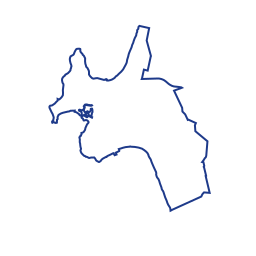 the district of Port Lincoln, South Australia, Australia, rotated 155°
{"feature_id": "25037944B26241388024664", "entity_name": "Port Lincoln", "entity_type": "district", "adm_level": 2, "iso_a3": "AUS", "parent_name": "Australia", "parent_adm1": "South Australia", "projection": "natural_earth1", "projection_center": [135.866, -34.729], "detail": "fine", "context": "isolated", "style": "outline", "palette": "blue", "viewbox_px": 256, "rotation_deg": 155, "n_neighbors": 0, "source": "geoboundaries", "source_scale": "gbopen_adm2", "svg_char_len": 5794}
<svg xmlns="http://www.w3.org/2000/svg" viewBox="0 0 256 256"><g transform="rotate(155 128 128)"><path d="M74.5,215.7L75.2,215.4L75.7,215.2L75.9,215.0L76.7,213.6L76.8,213.5L78.0,213.0L78.4,212.7L79.0,211.3L80.4,210.1L81.4,208.5L84.0,206.5L86.2,204.3L87.3,203.0L89.1,201.5L90.7,199.6L93.9,196.8L95.7,195.1L96.8,193.8L97.7,192.6L98.2,192.1L100.0,190.1L101.2,188.3L102.0,187.4L103.5,186.2L107.6,183.2L108.2,182.9L110.4,181.9L113.3,181.0L115.7,180.1L117.3,179.9L118.4,179.3L119.3,179.0L121.7,178.7L123.4,178.8L125.7,179.3L127.0,179.9L127.2,180.2L127.3,180.4L127.2,180.5L126.7,180.9L126.8,181.3L127.1,181.5L127.6,181.6L128.9,181.6L129.4,181.7L134.6,186.1L135.8,186.6L138.4,187.3L139.0,187.8L139.5,188.4L139.7,188.9L140.1,189.9L140.6,191.6L140.7,193.0L140.3,193.9L139.6,195.4L139.3,196.7L139.4,199.5L140.0,201.2L139.7,202.4L139.5,204.2L138.8,206.4L137.4,209.3L137.5,212.2L138.1,213.5L138.0,214.6L138.4,215.4L138.8,217.2L138.7,217.9L137.9,219.6L137.9,219.8L138.4,220.3L139.7,220.9L140.8,221.3L141.4,221.3L141.7,221.2L142.1,221.0L143.7,219.9L144.9,218.8L145.6,218.1L146.2,217.6L146.9,217.4L149.7,217.2L150.7,216.3L151.6,215.1L152.2,213.4L152.7,211.0L152.8,209.2L153.1,207.9L153.8,207.2L154.1,206.6L155.1,205.7L155.8,204.6L156.6,204.1L159.1,203.1L160.8,202.9L161.1,202.8L161.8,202.9L162.3,202.8L163.0,202.2L164.6,201.8L165.8,201.3L167.0,200.3L167.6,199.2L168.1,197.3L168.2,196.3L168.0,195.2L168.3,194.2L171.0,189.9L172.1,187.2L172.7,186.1L173.2,185.2L173.5,185.0L174.7,184.2L176.3,183.5L178.0,183.0L178.5,183.0L179.5,184.1L180.0,182.8L180.3,182.5L181.9,182.0L183.3,181.4L184.0,181.1L186.9,180.6L187.5,180.6L189.1,181.1L189.7,180.9L190.2,180.5L190.5,179.8L190.6,179.4L190.6,175.1L190.5,173.5L190.4,173.0L190.6,170.7L190.7,169.9L190.9,168.9L191.3,168.2L191.9,167.5L192.2,167.2L192.3,166.7L192.9,166.3L193.2,166.2L193.5,166.2L194.0,166.0L194.4,165.1L194.4,164.7L194.2,164.6L193.8,164.8L193.6,164.9L193.1,164.9L192.9,164.8L192.5,164.4L192.3,164.1L191.7,163.3L191.2,163.3L190.4,162.8L190.2,162.9L190.1,163.0L189.6,164.2L189.2,164.7L188.9,165.5L187.9,165.9L187.5,167.1L187.0,167.9L186.0,168.7L185.4,169.2L183.8,169.4L182.7,169.5L180.5,169.3L175.6,168.3L174.4,167.9L172.7,167.9L170.2,166.8L169.6,166.5L168.9,166.3L169.1,165.9L169.4,165.6L169.6,165.3L169.3,165.0L168.9,164.8L168.4,164.3L167.7,163.4L166.5,161.2L166.5,160.6L166.2,159.8L166.0,159.5L165.7,159.4L164.2,159.6L163.9,160.6L163.6,161.1L163.5,161.8L163.6,162.6L165.0,164.3L165.0,164.7L164.7,165.1L164.2,165.1L162.1,163.4L161.1,163.6L160.4,163.6L159.0,165.1L158.9,165.6L158.9,166.4L157.8,167.0L157.3,167.3L156.8,167.3L155.7,166.9L155.1,166.5L153.5,165.1L153.2,165.0L152.9,165.0L152.1,164.2L151.2,164.1L151.1,163.7L151.9,163.7L152.7,164.1L156.6,166.8L157.2,166.7L157.8,166.5L158.2,166.1L158.4,165.7L158.4,165.2L158.6,164.8L159.7,163.7L160.0,163.5L160.3,163.3L160.5,162.4L160.6,162.0L160.4,160.5L160.1,160.2L159.9,160.1L159.5,160.1L158.8,160.3L157.5,160.2L157.2,159.5L156.8,158.9L155.9,158.8L155.2,159.1L154.5,159.6L153.6,161.1L152.5,160.9L152.4,160.7L152.5,159.9L153.0,158.4L153.5,157.4L154.3,156.8L155.5,155.1L155.8,154.7L156.4,154.9L156.9,155.0L157.1,154.8L155.9,153.0L156.3,152.6L158.1,155.0L158.4,155.2L158.9,155.3L159.0,155.4L159.0,155.6L158.5,155.7L158.3,156.0L158.2,156.5L157.8,157.0L157.8,157.4L158.4,158.4L158.8,158.8L159.1,158.8L161.4,158.4L161.5,158.1L160.9,157.1L160.4,156.9L160.3,156.6L160.2,155.9L159.8,155.8L159.8,155.7L160.4,155.1L160.7,155.2L160.8,155.2L161.1,155.6L162.4,157.7L162.3,158.0L162.5,158.4L165.0,157.9L165.5,157.6L165.7,157.0L165.4,156.2L165.0,155.8L164.9,155.3L165.0,154.7L165.0,153.6L164.8,153.4L162.8,153.0L162.0,152.4L161.5,151.6L161.3,150.9L161.2,150.3L161.3,150.0L161.5,149.6L162.4,149.1L163.4,148.7L163.7,148.5L166.5,146.1L167.7,144.5L169.4,143.4L170.0,143.1L170.8,143.0L171.6,143.1L172.3,143.2L172.4,142.9L172.9,141.8L173.3,141.6L173.6,141.3L173.8,141.2L173.9,140.9L174.0,140.9L174.4,141.1L175.2,140.4L175.9,140.2L176.0,140.1L176.4,138.4L176.4,138.2L177.7,135.6L178.0,134.0L178.5,132.7L179.1,130.7L179.3,129.2L179.7,128.6L180.5,127.9L180.8,126.5L180.8,124.9L180.3,123.3L179.4,121.1L178.5,120.4L178.4,119.8L177.9,119.5L177.2,118.9L176.2,117.5L175.8,117.2L173.8,116.8L172.2,116.0L171.8,115.8L171.2,115.7L170.7,114.4L170.6,112.3L170.5,111.9L170.2,111.5L170.0,111.0L169.3,110.2L168.8,109.5L168.6,109.4L168.1,109.4L166.6,109.7L165.3,110.5L163.5,110.9L160.1,111.1L159.7,110.8L159.2,111.1L158.6,111.3L155.1,111.3L152.2,111.4L151.8,111.3L151.8,111.0L151.7,111.0L151.6,109.0L149.6,108.8L149.4,110.8L148.6,110.8L145.8,110.8L145.6,110.9L145.4,111.3L145.2,112.7L145.2,112.8L143.9,112.6L143.4,112.5L140.8,112.2L138.3,111.7L135.3,110.7L134.6,110.4L133.9,110.4L133.4,109.9L129.9,108.0L127.3,106.2L126.5,105.6L125.4,104.6L123.9,103.2L123.5,102.5L123.3,102.1L122.7,101.2L121.6,99.0L121.2,97.8L120.9,96.7L120.9,95.9L120.9,94.8L121.0,94.7L121.1,93.9L121.1,92.4L120.9,91.9L121.0,91.3L120.9,91.0L120.7,90.1L120.8,89.1L121.0,87.5L121.1,85.2L121.2,81.4L121.2,79.0L121.2,76.1L121.6,74.8L122.2,73.8L122.4,72.5L122.5,71.9L122.5,70.9L122.0,68.7L122.1,66.7L122.5,64.1L122.8,60.0L123.2,58.4L123.1,56.9L122.9,56.1L122.9,55.1L123.2,52.7L123.6,49.5L123.7,46.0L124.0,43.3L124.0,41.4L123.6,38.4L123.6,37.8L123.7,37.1L124.4,35.1L122.1,35.2L90.5,34.9L89.4,35.9L88.1,36.8L86.3,37.5L81.4,34.7L77.9,51.7L77.4,51.7L75.7,60.2L75.8,60.8L74.9,61.4L74.1,65.1L75.1,65.8L72.4,67.3L71.3,68.1L69.9,68.6L68.8,69.8L61.6,82.4L68.3,96.6L66.2,102.2L64.4,103.8L69.8,110.1L70.4,110.1L70.4,116.2L71.7,119.9L70.4,123.4L70.5,142.4L62.1,141.7L62.4,142.2L64.6,143.7L66.7,145.0L67.6,145.5L69.0,146.4L70.4,147.7L71.8,149.6L72.5,150.8L74.0,154.1L74.7,155.4L75.4,156.5L76.2,157.4L77.1,158.3L77.6,158.7L78.8,159.6L80.4,160.4L94.8,166.6L94.3,167.1L88.9,174.2L85.9,171.7L77.1,183.3L76.8,183.5L74.1,199.4L66.6,209.6L74.5,215.7Z" fill="none" stroke="#1e3a8a" stroke-width="2"/></g></svg>